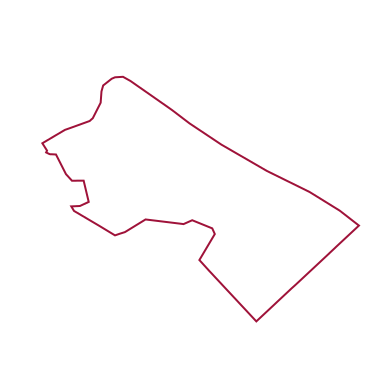 Virginia Beach, Virginia, United States of America, rotated 317°
{"feature_id": "52423323B21015613646613", "entity_name": "Virginia Beach", "entity_type": "district", "adm_level": 2, "iso_a3": "USA", "parent_name": "United States of America", "parent_adm1": "Virginia", "projection": "equal_earth", "projection_center": [-76.052, 36.741], "detail": "fine", "context": "isolated", "style": "outline", "palette": "rose", "viewbox_px": 384, "rotation_deg": 317, "n_neighbors": 0, "source": "geoboundaries", "source_scale": "gbopen_adm2", "svg_char_len": 970}
<svg xmlns="http://www.w3.org/2000/svg" viewBox="0 0 384 384"><g transform="rotate(317 192 192)"><path d="M150.8,330.5L199.0,330.4L203.4,330.5L241.4,330.5L242.4,330.5L243.7,330.5L244.0,330.5L261.0,330.4L266.8,330.4L268.1,330.4L270.5,330.4L271.2,330.4L272.5,330.4L276.3,330.4L276.8,330.4L277.5,330.4L280.5,330.4L280.8,330.4L283.7,330.4L284.2,330.4L291.2,330.4L287.3,306.3L278.0,272.2L261.1,227.6L245.8,177.4L237.0,140.2L233.3,118.6L232.8,116.1L222.7,68.8L220.1,60.7L213.9,55.6L210.5,54.4L199.7,53.5L194.4,56.7L186.1,64.4L169.7,70.4L167.7,70.3L165.6,70.3L146.9,62.3L141.4,59.9L130.5,57.5L120.9,55.4L115.8,54.3L114.2,62.9L112.3,63.6L113.6,67.0L114.2,67.9L115.4,69.0L118.1,71.8L112.0,93.0L111.9,101.9L120.5,109.8L109.7,128.8L100.5,125.8L93.9,120.2L92.8,125.4L101.1,153.5L106.1,171.2L110.8,173.3L115.6,175.6L139.3,180.4L163.1,208.7L163.9,209.7L172.9,212.8L182.0,232.4L180.0,238.3L151.0,246.8L150.8,261.3L150.8,330.5Z" fill="none" stroke="#9f1239" stroke-width="2"/></g></svg>